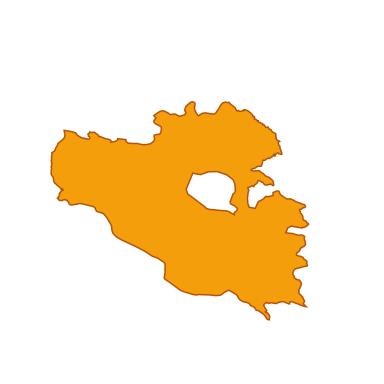 the district of Oïcha, Nord-Kivu, Democratic Republic of the Congo, rotated 109°
{"feature_id": "63176286B86170870415972", "entity_name": "Oïcha", "entity_type": "district", "adm_level": 2, "iso_a3": "COD", "parent_name": "Democratic Republic of the Congo", "parent_adm1": "Nord-Kivu", "projection": "equal_earth", "projection_center": [29.505, 0.401], "detail": "fine", "context": "isolated", "style": "filled", "palette": "amber", "viewbox_px": 384, "rotation_deg": 109, "n_neighbors": 0, "source": "geoboundaries", "source_scale": "gbopen_adm2", "svg_char_len": 6020}
<svg xmlns="http://www.w3.org/2000/svg" viewBox="0 0 384 384"><g transform="rotate(109 192 192)"><path d="M165.8,279.6L166.7,279.2L168.2,280.1L169.5,281.6L171.4,284.9L170.0,285.2L169.5,285.9L169.3,287.9L169.8,291.3L169.6,293.4L169.7,294.6L169.4,297.3L169.9,298.0L168.6,299.6L167.3,303.8L168.0,305.5L168.6,306.4L168.7,307.0L168.3,308.1L169.8,308.3L170.5,309.1L171.3,309.2L172.1,308.3L172.9,308.1L173.3,306.8L174.2,306.2L175.1,306.2L175.8,307.2L176.2,308.7L176.2,311.3L176.7,313.7L175.7,319.1L174.3,320.5L173.9,321.7L174.1,325.4L175.3,333.0L177.4,331.9L178.9,330.8L181.0,330.4L182.2,330.5L183.4,330.7L184.7,331.3L189.3,334.3L190.2,334.6L191.9,334.5L194.0,335.0L198.1,335.3L200.5,337.3L201.4,336.9L203.5,336.3L204.8,336.2L206.5,335.5L208.1,335.3L209.2,334.6L210.3,334.3L210.9,333.7L213.3,333.3L213.9,333.4L215.4,332.5L217.2,332.2L220.7,331.1L222.1,329.8L222.5,329.3L223.0,328.3L224.0,327.6L226.8,326.2L227.6,325.5L228.2,324.7L228.5,324.3L228.6,323.5L229.2,322.5L230.4,319.1L231.1,318.0L231.2,317.1L231.6,316.5L232.5,316.5L232.8,316.2L232.7,316.1L231.9,316.2L231.2,315.9L231.3,315.3L231.7,315.2L232.2,314.6L232.4,315.1L232.6,315.1L232.9,315.5L233.2,315.3L235.0,316.4L236.6,316.9L237.0,316.5L238.3,316.4L239.6,316.5L240.8,316.9L242.1,317.7L241.2,316.7L242.5,315.9L243.1,314.7L242.4,312.0L241.5,311.3L240.7,309.9L240.5,308.1L240.9,306.9L242.1,305.3L243.6,304.0L243.6,301.8L240.8,296.6L239.6,294.8L238.9,292.0L237.9,280.2L238.5,278.7L241.2,276.2L241.4,274.2L241.2,271.3L241.2,269.2L241.8,267.7L244.2,263.8L245.2,262.8L249.4,257.8L252.1,256.1L254.1,255.4L256.4,253.6L257.5,252.0L259.0,249.0L260.2,243.2L261.9,227.2L263.3,217.7L265.6,208.7L265.6,203.5L267.5,196.0L268.4,194.5L270.6,193.3L274.4,192.2L276.5,191.3L282.4,190.3L283.1,189.4L284.8,183.4L288.8,170.7L288.9,166.5L288.6,157.8L288.1,154.7L286.7,152.1L285.6,148.3L283.4,141.3L282.2,135.6L280.5,131.9L279.4,130.7L276.6,128.9L272.9,125.4L273.2,123.2L274.5,117.1L275.1,115.6L277.2,113.5L278.2,111.8L279.1,108.5L278.6,104.6L278.9,101.6L280.2,99.8L280.7,95.4L282.5,93.6L282.9,92.5L282.6,90.6L284.1,85.2L284.8,83.4L287.7,79.7L288.0,78.5L287.7,77.4L284.5,78.0L283.4,78.8L281.7,81.2L281.9,82.9L281.3,83.7L280.5,82.8L279.6,82.7L277.9,85.3L275.4,87.5L274.8,87.4L272.9,85.9L272.2,85.8L272.2,84.3L272.5,83.6L270.8,80.8L270.6,78.1L269.9,75.7L268.5,74.7L267.4,72.7L266.7,72.0L265.9,69.7L266.3,64.0L266.0,63.3L264.7,63.8L264.0,63.6L263.1,61.6L263.4,57.3L263.3,54.2L263.6,52.8L263.5,47.6L263.3,46.7L261.4,50.4L258.7,50.0L257.2,51.3L256.4,52.5L255.5,52.8L252.8,58.1L251.0,58.4L250.3,59.2L247.6,58.7L244.1,58.5L242.8,58.8L241.9,59.6L241.4,60.4L240.3,61.7L240.7,64.2L239.8,67.5L238.7,67.6L237.0,70.0L234.6,70.3L232.7,70.2L231.0,69.2L225.8,61.5L224.7,59.3L223.9,58.9L221.8,60.5L220.3,60.6L219.5,62.1L219.0,64.5L217.7,65.7L217.4,67.8L217.8,70.5L217.7,72.4L216.9,73.1L216.0,73.1L215.0,72.8L213.9,71.8L212.4,71.1L210.5,71.2L209.6,70.9L207.0,68.5L205.8,67.8L204.5,67.5L202.1,68.9L200.1,70.5L197.3,71.1L196.9,72.9L197.1,74.8L198.3,77.3L198.5,80.4L198.5,83.7L199.1,85.5L200.0,90.1L194.7,89.7L191.8,86.9L191.2,81.8L190.1,76.1L189.2,75.3L188.0,73.3L184.7,71.3L184.0,71.8L183.5,73.5L182.5,74.7L182.1,77.4L181.5,78.2L179.1,79.2L177.2,81.1L176.4,83.0L175.2,83.2L174.2,84.5L173.1,84.1L172.6,82.9L171.1,82.2L170.0,80.4L169.0,79.9L167.4,81.4L167.6,83.7L167.3,86.2L167.4,90.4L166.7,93.5L166.4,96.7L167.6,99.4L167.5,101.1L165.8,107.2L164.4,108.8L163.1,109.9L163.0,110.9L163.6,112.3L166.1,115.2L168.8,114.2L171.3,117.7L172.2,120.9L175.6,122.4L179.6,126.2L186.9,126.9L187.8,133.0L184.4,135.6L179.9,137.5L174.7,138.7L171.8,138.9L169.7,140.7L166.5,136.8L166.4,136.4L166.9,135.7L166.7,135.3L165.4,135.4L163.1,133.7L161.5,133.1L160.5,133.4L159.7,133.0L159.3,132.3L159.4,131.2L160.1,129.0L159.9,128.0L161.4,125.9L161.5,125.0L160.9,124.1L161.0,123.2L158.9,120.3L159.6,117.5L158.8,116.9L155.5,118.8L154.7,119.8L153.1,123.8L152.9,127.6L151.3,130.7L151.0,132.8L150.1,135.0L150.3,136.4L151.2,138.7L151.9,139.5L152.2,141.2L152.3,142.3L152.0,143.2L151.1,143.1L150.5,142.7L149.3,140.7L148.3,139.7L146.8,138.7L146.1,137.6L145.4,135.6L144.8,134.8L138.7,135.2L138.5,134.0L138.0,133.1L137.2,132.9L135.2,130.9L135.1,129.6L133.8,129.0L133.3,128.0L131.9,127.7L130.8,125.3L129.9,127.0L129.5,126.7L129.2,125.0L127.6,124.4L127.0,123.5L127.5,122.5L127.5,121.0L127.1,119.5L126.0,119.7L121.5,123.4L120.3,123.6L119.2,125.3L118.3,126.1L116.8,126.5L115.6,125.6L115.2,128.6L114.6,129.4L111.9,131.0L110.1,131.5L109.5,132.1L109.1,135.2L108.5,136.5L107.5,137.5L107.3,139.6L105.8,141.3L106.9,143.2L104.8,146.2L105.4,147.0L104.5,147.8L104.5,149.0L104.1,150.4L104.4,152.1L104.1,152.5L103.1,152.6L103.3,154.0L102.6,154.8L102.8,156.1L102.4,156.9L101.6,156.7L100.6,157.4L100.3,158.1L100.7,159.2L99.7,159.6L98.3,161.9L97.0,165.8L96.9,167.4L97.1,169.1L97.4,169.5L98.1,169.3L98.2,169.8L97.9,170.2L99.5,171.3L100.2,173.4L99.8,174.4L100.6,175.5L100.1,176.9L98.2,178.7L96.0,185.1L95.1,186.1L96.0,188.0L96.0,189.4L97.5,191.7L99.3,192.7L102.2,193.5L103.8,193.6L109.5,195.2L110.6,195.9L111.1,196.7L111.6,197.8L112.8,205.0L114.3,207.9L117.9,210.8L116.3,213.3L113.8,215.8L112.4,216.7L111.3,217.1L107.6,217.8L106.7,218.5L106.4,219.6L106.6,221.2L107.8,222.6L110.5,224.3L113.1,225.6L115.6,225.7L117.4,225.3L119.2,223.5L121.5,224.2L124.2,228.0L124.5,229.3L123.8,232.8L124.1,234.6L125.7,237.1L125.8,238.5L125.1,240.2L124.5,244.5L124.9,246.6L126.2,248.5L127.7,249.8L132.2,253.0L133.6,250.3L136.8,251.2L138.1,251.0L139.4,248.7L140.3,242.5L141.8,241.7L143.8,241.2L146.1,240.9L148.0,241.5L148.7,243.3L150.7,246.3L154.4,244.6L156.5,244.7L160.0,247.0L162.0,250.6L163.3,253.9L164.1,260.2L165.3,263.3L166.6,268.3L165.8,270.7L164.0,271.5L165.8,279.6ZM170.2,154.2L176.7,151.4L178.9,151.4L180.4,152.5L189.0,152.8L190.7,151.6L191.3,146.9L192.7,143.7L195.1,143.5L197.3,145.1L198.2,145.3L199.7,144.7L199.3,148.0L198.4,150.9L198.7,153.3L201.2,163.2L201.8,166.3L202.6,168.8L203.0,172.9L201.9,174.8L196.7,190.7L195.4,195.2L191.5,198.4L174.0,197.4L172.8,189.6L167.4,182.8L164.5,174.8L164.4,164.9L166.9,157.3L170.2,154.2Z" fill="#f59e0b" stroke="#b45309" stroke-width="1.5"/></g></svg>